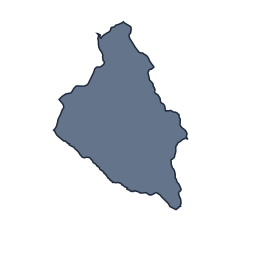 Rona De Sus, Maramures, Romania (Robinson projection), rotated 234°
{"feature_id": "2599482B84873154480741", "entity_name": "Rona De Sus", "entity_type": "district", "adm_level": 2, "iso_a3": "ROU", "parent_name": "Romania", "parent_adm1": "Maramures", "projection": "robinson", "projection_center": [24.07, 47.888], "detail": "fine", "context": "isolated", "style": "filled", "palette": "slate", "viewbox_px": 256, "rotation_deg": 234, "n_neighbors": 0, "source": "geoboundaries", "source_scale": "gbopen_adm2", "svg_char_len": 5837}
<svg xmlns="http://www.w3.org/2000/svg" viewBox="0 0 256 256"><g transform="rotate(234 128 128)"><path d="M216.7,186.6L216.5,186.0L216.5,185.9L216.8,184.6L216.8,184.0L217.0,182.8L217.4,181.2L217.6,180.4L217.9,179.7L218.3,179.0L218.3,178.8L218.2,177.9L217.9,176.6L217.9,176.2L218.1,175.6L218.6,174.8L218.9,174.3L219.0,173.5L218.7,172.6L218.4,172.3L217.8,171.9L217.5,171.4L217.0,170.1L216.9,169.4L216.9,168.4L217.0,167.8L217.2,167.1L217.3,166.7L217.3,166.0L217.3,165.2L217.3,164.2L217.4,163.6L217.4,162.9L217.3,161.9L217.0,160.1L216.9,159.6L216.5,159.0L216.5,158.8L216.6,158.7L216.9,158.7L218.6,159.0L218.8,159.1L219.0,159.3L219.1,159.5L219.2,160.0L219.3,160.2L219.6,160.2L220.1,160.1L221.1,159.5L222.0,159.1L222.4,158.7L221.8,158.8L220.6,158.7L219.7,158.3L219.4,158.1L219.2,157.9L218.9,157.0L218.3,156.3L217.5,155.9L216.3,155.4L215.4,154.9L214.5,154.3L213.4,153.4L212.5,152.9L211.4,152.4L210.7,152.0L209.7,151.7L208.9,151.5L207.4,151.3L204.3,151.2L203.3,150.9L202.5,150.8L201.4,150.2L201.2,150.0L201.0,149.7L200.6,149.3L199.8,148.9L198.6,148.4L198.5,148.2L197.8,147.7L196.9,147.6L195.1,147.7L194.0,146.3L193.7,144.8L193.6,141.7L193.9,140.9L195.5,139.0L195.6,137.1L195.3,135.9L193.0,132.6L187.3,121.9L186.9,120.1L187.6,117.2L188.5,115.9L192.1,111.4L192.4,110.3L192.0,107.9L190.0,103.1L190.0,102.2L192.1,97.8L192.3,93.2L191.6,89.0L187.1,89.3L185.3,89.3L183.8,88.9L183.0,88.5L182.6,88.2L182.0,87.5L181.9,87.2L181.6,86.1L181.2,85.2L178.9,81.8L176.3,76.9L176.0,76.5L175.2,75.5L174.1,74.4L172.3,72.2L171.4,71.0L170.9,70.0L170.5,69.0L170.2,67.7L170.0,66.5L169.1,66.8L168.5,66.9L166.7,66.5L165.6,66.4L164.8,66.3L163.9,66.3L161.9,66.6L159.7,67.3L157.8,67.7L155.2,68.4L154.0,69.7L153.5,69.8L152.1,70.0L151.6,70.1L150.9,70.3L149.9,71.0L149.5,71.3L149.1,70.5L146.7,71.5L145.9,72.0L144.1,72.9L142.2,72.9L140.7,73.3L138.3,73.7L137.6,73.7L136.7,73.8L135.8,73.6L135.3,73.5L134.3,73.7L133.2,73.8L132.2,73.7L131.2,73.9L130.6,74.3L129.6,75.1L129.4,75.4L129.1,76.3L128.7,77.3L128.2,77.9L127.1,79.1L126.3,79.7L125.3,79.6L123.4,79.9L122.5,80.0L120.8,79.6L120.2,79.6L118.0,80.6L116.2,80.7L115.6,80.6L115.2,80.6L114.9,80.9L114.5,81.1L113.3,81.3L112.9,81.5L112.4,81.5L112.0,81.2L111.5,81.0L110.7,81.0L109.8,81.5L108.8,81.8L108.6,82.1L108.3,82.2L108.0,82.1L107.5,82.1L106.5,82.4L105.9,82.4L105.8,82.2L105.6,82.0L105.2,82.1L104.8,82.3L104.2,82.6L103.8,82.5L103.3,82.5L103.2,82.8L102.9,82.8L102.5,82.7L101.2,82.6L100.8,82.6L99.6,82.4L99.2,82.4L98.6,82.8L98.0,82.8L97.6,83.1L97.3,83.1L96.8,82.8L96.7,82.9L96.5,83.1L96.0,83.2L95.7,83.1L95.4,83.1L95.1,83.5L93.8,83.7L93.5,83.5L93.1,83.5L92.8,83.7L92.7,84.2L92.4,84.4L92.2,84.9L91.5,85.3L91.1,85.8L90.7,86.2L90.2,87.3L89.4,88.2L87.5,89.6L86.9,89.8L86.6,89.8L86.0,89.6L85.6,89.6L84.8,90.1L84.2,90.4L82.6,90.7L82.2,90.9L81.6,91.4L81.1,91.7L79.9,91.9L79.8,92.1L79.3,91.2L78.9,91.3L77.8,91.9L77.3,92.3L77.0,92.7L76.7,92.9L76.4,93.0L75.9,92.8L74.7,93.3L74.6,93.8L74.5,94.1L74.3,94.3L73.6,94.8L73.8,95.1L73.3,95.8L73.5,96.5L72.0,97.4L71.0,98.5L68.4,99.6L67.2,101.0L65.6,103.8L64.9,104.6L61.2,106.0L60.0,107.8L59.2,112.9L58.4,113.5L56.7,113.8L55.2,114.6L52.5,114.7L44.1,116.1L42.4,116.2L39.9,115.7L34.0,118.7L33.6,119.4L34.0,121.1L33.7,122.0L34.3,123.0L33.7,124.5L34.3,124.7L34.6,124.8L35.0,125.1L35.1,125.4L35.4,126.2L35.8,126.5L36.6,127.1L38.6,128.3L40.3,129.0L40.6,129.1L41.4,129.1L42.1,129.2L43.2,129.6L44.7,130.2L45.4,130.6L45.9,131.0L46.1,131.2L46.2,131.6L46.3,133.4L46.6,134.3L46.7,134.5L47.3,135.0L48.0,135.2L49.3,135.4L50.7,135.9L51.5,135.9L52.3,136.1L52.9,136.1L53.2,136.2L54.7,136.0L55.5,136.0L58.3,136.9L59.0,136.9L59.4,136.9L60.1,137.1L61.2,137.7L62.0,138.4L62.8,139.0L63.8,139.4L64.6,139.8L65.6,140.2L66.8,140.5L67.8,140.7L69.6,140.5L72.0,141.3L73.0,141.5L75.4,143.2L76.8,143.7L76.9,145.2L76.7,145.7L76.9,146.7L76.8,147.3L77.3,148.6L77.8,149.2L78.5,149.8L79.1,150.6L80.4,152.3L81.1,153.0L82.7,154.2L83.4,154.6L84.0,155.0L84.5,155.6L84.9,155.9L85.2,156.4L85.5,157.6L85.7,158.1L86.5,159.1L86.6,159.6L86.6,160.4L86.4,161.9L86.5,162.4L86.4,162.9L86.4,163.3L86.5,163.9L86.6,165.5L86.4,166.1L86.2,166.6L86.2,167.7L85.7,168.7L84.6,169.3L84.2,169.6L84.5,169.8L86.1,169.9L86.5,170.1L87.3,170.8L87.8,171.4L88.5,172.2L88.8,172.5L89.7,172.5L90.7,173.0L92.0,172.8L92.8,172.9L94.1,172.6L94.8,172.3L95.4,172.1L96.4,171.9L96.7,171.9L97.5,171.7L98.4,171.7L99.7,171.9L99.9,172.0L100.6,172.4L101.6,173.3L102.7,174.0L103.1,174.4L103.3,174.7L104.1,175.3L105.0,175.6L105.8,175.6L107.0,175.9L107.9,176.3L108.1,176.5L108.2,176.8L108.4,176.9L108.9,177.1L109.2,177.0L109.6,176.8L110.9,176.7L112.4,176.0L113.2,175.5L113.5,174.8L114.7,173.9L115.8,173.5L116.7,173.1L117.3,172.7L118.0,170.9L119.0,170.0L119.2,169.5L119.1,169.1L119.1,168.8L119.4,168.7L120.4,168.5L121.0,168.9L122.8,170.0L124.3,170.6L125.0,170.7L125.8,170.8L126.5,170.7L127.5,170.4L128.5,169.7L128.9,169.7L129.7,169.8L130.4,169.9L131.8,170.6L132.2,170.9L132.6,171.1L133.3,171.3L133.8,171.5L135.0,171.5L137.1,171.7L140.2,170.5L140.9,170.5L141.4,170.7L142.0,171.1L142.7,171.9L143.4,172.5L143.8,172.6L145.5,173.0L146.9,173.0L147.4,173.1L148.1,173.7L148.6,174.0L149.2,174.2L151.7,174.1L153.7,173.6L154.3,173.7L156.2,174.6L157.2,175.0L158.4,175.6L159.3,175.9L160.4,176.4L161.3,176.7L161.7,177.9L162.1,178.4L162.4,178.6L162.4,179.3L162.4,179.6L162.5,180.1L162.5,180.5L162.2,180.9L161.8,181.4L161.8,182.0L161.9,182.5L161.9,184.6L163.2,184.9L163.9,184.9L164.6,184.8L165.3,184.8L169.6,184.9L170.5,185.2L172.3,185.5L173.6,185.7L175.4,185.6L177.5,184.8L178.2,184.4L179.3,184.2L180.0,184.0L180.9,182.8L181.4,182.5L182.7,181.5L186.3,181.3L187.5,181.3L189.0,181.3L192.7,181.6L199.9,182.1L201.2,182.7L202.2,183.3L202.9,183.8L203.1,184.4L203.1,185.1L203.1,185.4L203.4,185.7L203.5,186.2L204.4,186.7L204.6,187.3L205.6,188.3L206.6,189.0L207.4,189.4L208.5,189.7L209.6,189.3L211.9,188.3L213.2,187.7L213.7,187.5L215.3,186.8L216.7,186.6Z" fill="#64748b" stroke="#1e293b" stroke-width="1.5"/></g></svg>